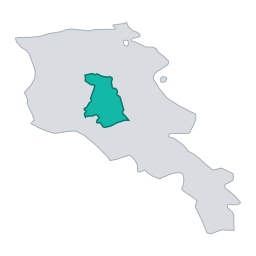 where Kotayk sits in Armenia
{"feature_id": "ARM-1673", "entity_name": "Kotayk", "entity_type": "Province", "adm_level": 1, "iso_a3": "ARM", "parent_name": "Armenia", "parent_adm1": "", "projection": "robinson", "projection_center": [44.631, 40.391], "detail": "fine", "context": "in_parent", "style": "filled", "palette": "teal", "viewbox_px": 256, "rotation_deg": 0, "n_neighbors": 0, "source": "natural_earth", "source_scale": "10m", "svg_char_len": 3347}
<svg xmlns="http://www.w3.org/2000/svg" viewBox="0 0 256 256"><path d="M110.0,160.6L107.6,156.8L95.1,144.4L83.6,134.9L75.7,131.0L67.8,131.4L55.4,133.3L50.8,132.5L40.1,128.4L31.1,123.6L32.4,121.5L34.3,120.1L32.0,113.7L27.1,103.5L27.6,100.3L26.1,95.9L24.3,92.6L31.4,84.6L34.7,78.2L35.4,72.0L33.5,65.5L29.0,53.7L26.1,50.3L20.9,47.1L16.5,41.9L15.4,38.2L19.1,37.5L30.0,37.4L40.6,36.2L48.8,33.7L60.8,31.7L65.7,29.9L71.5,29.0L89.0,30.9L95.5,29.5L115.2,29.2L115.7,28.4L113.0,25.9L113.0,25.0L124.7,23.4L126.5,22.3L128.1,26.2L132.5,30.6L137.3,32.3L139.9,34.7L140.0,36.6L131.5,38.8L130.9,39.9L131.5,41.0L134.0,41.5L146.0,47.0L152.8,47.1L156.3,48.8L158.1,52.1L163.8,56.5L168.4,60.9L168.7,62.4L167.8,64.6L155.2,73.0L153.6,76.0L153.4,79.0L159.0,88.2L167.3,98.3L179.2,105.9L195.6,114.2L195.8,119.4L193.3,125.5L191.1,129.6L190.1,132.4L188.1,133.6L171.8,133.3L169.3,134.3L168.2,135.5L168.2,136.5L174.0,138.4L183.2,145.0L188.5,151.4L194.0,154.2L200.2,159.2L205.2,164.0L212.9,170.1L221.5,168.1L233.0,173.6L233.5,177.3L232.8,180.6L225.6,184.2L224.7,185.7L224.8,187.0L225.7,188.7L230.0,191.7L235.0,196.1L240.6,202.6L238.2,204.6L232.9,204.9L228.8,204.1L227.4,205.4L227.5,207.6L232.8,212.5L233.9,216.2L233.7,222.5L234.1,230.4L221.6,229.9L211.0,233.7L207.0,233.0L204.3,226.2L202.0,220.7L195.2,206.6L197.0,200.9L193.2,197.5L184.1,191.5L181.7,189.1L183.0,185.7L183.9,179.5L183.0,174.4L180.5,172.9L176.0,172.8L170.5,174.0L159.5,178.9L151.8,175.8L147.4,172.7L144.8,170.0L139.1,172.2L137.6,171.2L137.3,164.7L135.6,161.2L132.1,157.1L128.9,155.2L117.1,159.2L110.0,160.6ZM128.2,45.2L128.5,42.9L128.0,40.8L126.1,40.1L123.7,40.7L123.5,43.0L124.3,45.2L126.6,46.2L128.2,45.2ZM166.0,81.0L163.3,82.4L160.7,81.8L160.7,78.2L162.5,76.7L164.7,76.8L166.7,78.1L166.0,81.0Z" fill="#d9dde1" stroke="#a8b0b8" stroke-width="1"/><path d="M110.3,76.7L112.0,78.0L112.2,79.7L112.0,80.2L111.5,81.1L111.4,81.8L111.4,82.6L112.2,87.2L112.5,87.9L112.9,88.3L113.3,88.4L114.9,88.3L115.3,88.4L115.7,88.7L116.3,89.3L117.0,90.5L117.3,91.3L117.4,92.0L117.3,92.6L117.0,93.7L116.9,94.3L117.0,94.7L117.2,95.1L119.4,96.4L119.9,97.0L120.2,97.6L123.5,109.1L123.7,110.1L123.0,110.9L122.6,111.4L122.5,112.4L122.5,112.9L122.8,113.5L127.7,118.8L128.7,120.3L126.1,120.2L123.9,120.4L121.1,121.5L118.5,122.2L116.5,123.0L111.1,125.8L108.2,126.7L104.6,127.3L104.1,127.2L103.2,126.8L102.7,126.4L102.1,124.8L101.4,124.5L100.8,123.2L100.4,122.9L99.9,122.7L98.5,122.9L97.3,122.8L96.8,122.5L96.6,122.0L96.7,121.4L96.9,120.8L97.1,120.3L97.4,119.8L97.6,119.5L98.8,118.3L99.1,118.0L99.3,117.6L99.2,117.4L98.8,117.0L98.2,116.5L97.2,115.2L96.5,114.8L96.0,114.6L95.2,114.8L93.1,115.8L92.7,115.9L89.9,116.1L89.0,115.9L88.8,115.9L88.6,116.0L88.2,116.3L87.9,116.4L87.6,116.4L87.2,116.4L86.4,116.3L86.2,116.3L85.9,116.5L85.7,116.7L85.5,117.1L84.6,115.1L84.5,114.1L84.5,113.5L84.7,113.1L85.6,112.6L86.0,112.3L86.3,111.8L86.3,111.5L86.2,111.1L85.3,110.6L84.9,110.2L84.3,109.3L84.3,108.7L84.5,108.3L85.0,108.1L85.5,108.0L86.1,107.7L86.8,107.1L89.4,102.7L90.5,102.1L91.2,101.5L91.4,100.9L91.3,100.3L90.7,99.1L90.6,98.3L94.0,89.0L94.6,86.8L94.6,85.5L94.2,85.2L93.7,85.0L91.0,84.6L90.3,84.3L85.7,81.2L85.2,80.6L85.2,80.2L85.5,79.0L85.5,78.2L85.0,75.2L91.0,73.8L92.8,73.7L93.9,74.4L94.6,74.7L95.2,74.6L96.6,74.0L97.1,74.0L97.6,74.1L101.1,75.9L104.0,76.7L107.4,77.0L108.2,77.0L110.3,76.7Z" fill="#14b8a6" stroke="#0f766e" stroke-width="1.5"/></svg>